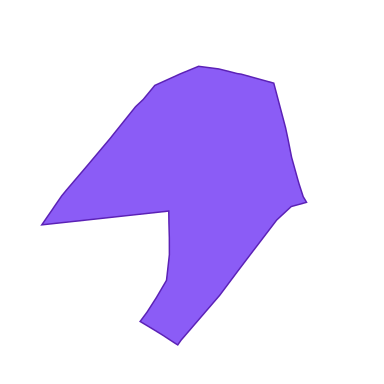 Al-Aguza, Al Jizah, Egypt (Equal Earth projection), rotated 48°
{"feature_id": "37247803B56780050438943", "entity_name": "Al-Aguza", "entity_type": "district", "adm_level": 2, "iso_a3": "EGY", "parent_name": "Egypt", "parent_adm1": "Al Jizah", "projection": "equal_earth", "projection_center": [31.205, 30.06], "detail": "fine", "context": "isolated", "style": "filled", "palette": "violet", "viewbox_px": 384, "rotation_deg": 48, "n_neighbors": 0, "source": "geoboundaries", "source_scale": "gbopen_adm2", "svg_char_len": 811}
<svg xmlns="http://www.w3.org/2000/svg" viewBox="0 0 384 384"><g transform="rotate(48 192 192)"><path d="M276.3,113.8L273.6,113.2L269.9,112.5L258.0,107.2L253.0,104.8L232.9,94.8L217.3,85.5L206.9,79.5L165.8,58.4L154.4,65.7L137.3,76.6L134.2,79.2L128.3,83.1L118.4,89.8L103.0,103.0L96.2,122.1L94.2,128.5L87.9,148.3L90.6,166.4L90.8,175.4L90.9,177.2L96.8,213.3L97.3,216.1L97.7,218.9L99.6,232.6L102.2,251.2L106.6,284.3L107.7,291.5L111.1,305.7L111.2,305.9L113.3,314.8L115.9,325.6L150.2,278.1L190.6,222.0L199.4,229.7L211.0,239.6L223.5,250.8L237.0,266.0L240.6,270.1L246.6,289.0L251.2,305.8L253.5,317.2L260.9,314.9L277.9,309.8L292.7,305.9L296.1,304.9L294.8,299.3L287.3,240.6L281.4,210.8L276.7,186.2L275.9,181.8L269.5,147.8L269.2,128.0L270.6,125.2L276.3,113.8Z" fill="#8b5cf6" stroke="#5b21b6" stroke-width="1.5"/></g></svg>